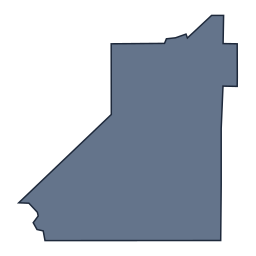 Kings, California, United States of America
{"feature_id": "52423323B67805499468895", "entity_name": "Kings", "entity_type": "district", "adm_level": 2, "iso_a3": "USA", "parent_name": "United States of America", "parent_adm1": "California", "projection": "mercator", "projection_center": [-119.844, 36.139], "detail": "fine", "context": "isolated", "style": "filled", "palette": "slate", "viewbox_px": 256, "rotation_deg": 0, "n_neighbors": 0, "source": "geoboundaries", "source_scale": "gbopen_adm2", "svg_char_len": 445}
<svg xmlns="http://www.w3.org/2000/svg" viewBox="0 0 256 256"><path d="M45.0,240.6L50.1,240.6L220.7,240.5L221.2,184.7L221.2,156.7L221.2,128.6L223.0,86.1L237.2,86.4L237.3,77.1L237.2,43.8L223.1,43.6L223.6,15.4L211.6,15.4L187.4,38.0L186.0,34.1L175.5,37.8L166.4,38.8L164.5,43.4L111.2,43.8L111.3,114.5L18.7,202.8L28.9,203.2L37.4,212.3L38.2,216.0L33.2,222.7L37.0,229.5L43.2,230.9L45.0,240.6Z" fill="#64748b" stroke="#1e293b" stroke-width="1.5"/></svg>